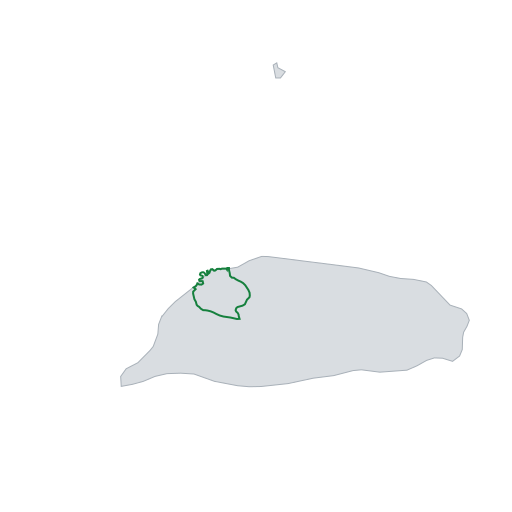 Tainan City on a map of Taiwan (orthographic projection), rotated 68°
{"feature_id": "TWN-1160", "entity_name": "Tainan City", "entity_type": "Special Municipality", "adm_level": 1, "iso_a3": "TWN", "parent_name": "Taiwan", "parent_adm1": "", "projection": "orthographic", "projection_center": [120.249, 23.155], "detail": "fine", "context": "in_parent", "style": "outline", "palette": "green", "viewbox_px": 512, "rotation_deg": 68, "n_neighbors": 0, "source": "natural_earth", "source_scale": "10m", "svg_char_len": 2182}
<svg xmlns="http://www.w3.org/2000/svg" viewBox="0 0 512 512"><g transform="rotate(68 256 256)"><path d="M342.2,357.7L336.4,369.8L331.7,382.7L329.8,394.8L330.0,407.3L328.7,418.6L326.4,429.8L317.0,426.6L311.9,418.6L310.7,405.5L303.9,389.7L301.4,385.2L291.7,376.3L282.9,371.9L276.0,365.4L276.9,365.9L271.9,357.1L268.0,347.8L260.2,321.1L257.4,314.7L253.8,308.8L252.8,303.0L254.0,296.6L257.4,286.9L259.5,277.2L257.8,264.0L258.5,250.9L261.0,245.1L305.5,165.4L317.5,148.4L324.8,140.0L330.9,130.6L336.7,118.7L343.9,107.8L349.0,104.5L374.2,94.5L382.1,85.2L388.3,82.2L395.5,82.3L400.2,86.7L404.4,92.0L408.7,94.8L420.0,99.8L425.0,104.7L427.3,113.2L420.6,121.4L417.3,128.8L416.7,136.9L418.1,147.8L418.4,158.8L410.1,184.7L401.0,200.9L398.6,208.9L396.0,228.8L390.7,248.8L386.3,274.1L378.9,300.2L374.7,311.2L369.4,321.6L356.7,341.4L342.2,357.7ZM96.1,159.8L100.1,166.7L98.3,171.0L85.4,168.5L84.7,164.4L89.6,165.2L96.1,159.8Z" fill="#d9dde1" stroke="#a8b0b8" stroke-width="1"/><path d="M261.8,325.6L261.5,323.3L260.8,322.0L259.4,320.6L261.1,319.4L262.1,317.2L261.7,315.3L259.4,314.9L259.0,315.6L258.6,316.8L257.9,317.8L256.7,317.7L256.3,316.9L256.4,314.4L256.1,313.5L254.7,312.9L253.8,313.6L253.2,314.7L252.2,314.9L251.1,314.0L250.9,312.7L251.1,311.5L251.5,310.7L252.6,310.1L253.9,309.9L255.1,309.6L255.4,308.5L254.9,307.9L251.5,307.1L251.5,306.4L254.4,306.3L254.1,305.4L252.5,304.1L251.5,302.9L251.8,301.4L252.7,300.9L253.7,300.6L254.2,299.7L253.9,298.3L253.4,297.1L253.7,296.0L254.2,294.7L255.0,293.7L254.9,292.9L255.0,292.1L256.3,288.8L256.8,288.2L257.8,288.0L256.4,287.1L257.0,285.6L258.9,286.3L262.1,286.8L264.7,287.5L267.0,286.5L267.9,284.7L270.0,283.4L272.3,281.5L274.0,279.8L276.3,278.1L279.1,276.9L284.6,275.8L287.6,275.7L290.2,276.5L291.7,277.4L292.4,278.9L293.1,280.7L296.6,284.4L297.0,287.1L296.4,292.3L297.0,293.9L298.6,295.2L300.0,295.2L301.9,294.3L303.7,294.1L305.1,294.5L308.1,294.8L307.3,297.2L303.5,302.7L299.9,308.9L297.6,311.9L294.9,314.5L292.5,316.5L290.3,318.8L288.4,321.4L287.3,323.3L286.4,325.3L284.2,326.9L281.8,327.8L280.5,328.8L279.0,329.3L275.9,328.9L273.0,329.3L267.3,328.4L265.5,327.6L264.1,324.4L261.8,325.6Z" fill="none" stroke="#15803d" stroke-width="2"/></g></svg>